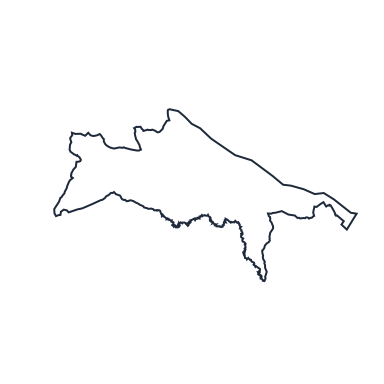 Ga West Municipal, Greater Accra, Ghana (Robinson projection), rotated 328°
{"feature_id": "2480657B90617621807510", "entity_name": "Ga West Municipal", "entity_type": "district", "adm_level": 2, "iso_a3": "GHA", "parent_name": "Ghana", "parent_adm1": "Greater Accra", "projection": "robinson", "projection_center": [-0.382, 5.705], "detail": "fine", "context": "isolated", "style": "outline", "palette": "slate", "viewbox_px": 384, "rotation_deg": 328, "n_neighbors": 0, "source": "geoboundaries", "source_scale": "gbopen_adm2", "svg_char_len": 6116}
<svg xmlns="http://www.w3.org/2000/svg" viewBox="0 0 384 384"><g transform="rotate(328 192 192)"><path d="M205.9,305.8L206.7,305.7L208.6,304.2L209.0,302.8L213.1,299.3L213.8,295.1L215.3,292.5L215.5,290.9L216.8,289.7L216.8,287.0L217.4,285.0L218.7,283.4L219.1,281.6L220.5,278.8L221.5,278.7L223.6,277.8L225.5,276.0L228.2,275.2L230.4,275.2L231.8,274.7L232.5,274.1L232.6,273.3L233.7,271.9L233.9,271.1L236.7,268.0L241.3,266.0L242.5,264.2L243.3,259.8L243.0,258.2L243.2,257.2L244.1,256.4L244.9,254.6L244.4,253.3L245.1,250.5L247.9,252.5L249.2,252.5L252.0,253.9L258.0,255.8L261.8,262.2L266.7,266.4L267.7,269.9L269.2,270.7L269.6,271.6L270.2,272.0L272.7,273.1L273.9,274.1L275.4,274.0L276.4,274.8L277.0,275.6L277.1,276.5L278.6,276.7L280.1,277.3L281.9,276.9L282.9,277.0L283.9,273.6L288.1,269.2L289.7,270.7L294.4,270.3L298.1,270.3L298.1,275.4L300.3,275.4L301.0,276.2L301.8,275.7L302.5,276.8L302.3,283.2L301.9,286.5L301.4,287.0L301.6,288.5L302.5,288.6L305.2,297.2L301.5,298.8L303.4,305.9L320.1,297.6L315.7,293.8L308.4,273.4L303.2,262.7L295.0,258.8L288.1,248.7L279.1,238.9L273.1,234.1L268.8,221.0L259.3,196.7L248.1,183.6L236.5,156.9L232.7,142.3L227.9,134.1L225.8,124.4L223.2,116.1L216.8,109.9L215.1,109.7L214.1,110.8L212.5,113.7L211.6,115.9L210.8,119.2L208.3,118.3L202.4,121.2L201.2,122.5L200.3,123.0L196.7,123.8L195.5,123.7L194.3,123.0L193.2,120.5L191.3,118.0L190.3,117.9L188.1,116.5L187.4,115.6L183.4,114.6L183.1,114.3L183.4,113.6L182.9,111.9L182.9,109.4L179.9,107.8L179.5,107.3L176.8,107.2L177.0,108.8L175.7,111.1L174.7,111.6L173.8,113.7L172.5,117.7L172.6,119.6L172.3,124.4L171.6,126.4L171.2,129.0L169.1,128.8L167.2,127.6L163.1,123.9L158.4,119.0L157.9,118.0L156.5,117.7L154.0,115.7L149.4,114.1L148.2,113.2L146.1,110.8L144.5,108.0L143.8,105.6L144.0,102.6L145.3,100.1L144.9,99.2L144.8,95.5L144.4,93.9L141.9,93.7L138.4,92.5L137.4,91.7L136.0,90.1L135.4,86.8L131.2,87.7L128.8,84.3L128.6,83.7L123.8,80.9L121.6,78.1L120.5,80.4L117.6,81.5L116.9,82.3L116.0,85.9L113.8,87.1L110.7,91.1L110.3,93.3L111.9,97.5L113.2,99.4L113.4,100.1L114.1,100.1L113.9,100.7L114.6,101.7L115.0,103.6L114.8,105.9L113.5,106.6L112.1,106.3L110.0,105.2L106.8,109.1L103.3,110.1L99.3,112.4L99.1,113.1L98.0,114.0L97.6,115.0L97.5,115.4L98.3,116.4L98.4,117.0L95.1,117.3L93.5,117.9L89.1,121.0L88.0,122.2L84.2,124.4L83.0,125.6L80.3,126.4L78.6,127.3L77.3,127.2L74.2,129.7L66.1,133.5L64.1,137.1L63.9,140.4L66.2,140.8L68.3,141.7L70.3,139.3L73.9,139.0L76.1,141.2L76.6,143.9L85.8,146.1L90.2,147.7L100.4,149.3L110.5,150.6L111.6,151.1L115.1,151.0L116.6,150.2L119.8,150.4L122.8,149.8L124.2,150.8L125.8,150.7L126.3,153.5L129.0,156.8L129.1,158.2L128.8,159.9L129.0,161.3L130.2,162.8L131.1,163.1L131.7,165.2L133.6,166.0L134.5,166.0L136.1,167.0L137.7,169.0L138.6,171.1L139.2,171.7L140.4,173.7L140.8,174.8L143.1,178.2L143.1,179.6L145.4,182.0L145.9,183.0L148.8,184.6L150.1,186.2L150.1,187.2L150.4,187.7L152.6,188.7L152.4,189.2L152.6,189.4L154.1,189.7L154.9,190.6L155.0,191.3L154.5,192.8L154.2,195.3L154.5,195.5L154.2,196.1L155.1,195.7L155.1,196.6L154.5,196.8L155.3,197.2L155.0,197.9L155.5,198.4L156.2,200.6L157.0,200.2L155.9,201.6L156.9,201.8L157.1,201.2L157.3,201.3L158.0,202.8L157.4,202.7L157.3,203.1L158.1,203.4L158.7,204.8L159.8,205.4L158.8,206.3L159.6,207.6L160.2,207.8L160.2,208.2L159.1,209.1L159.0,209.7L159.3,210.2L158.8,210.1L158.5,209.6L157.6,209.6L157.6,209.8L158.0,210.5L158.4,210.7L158.3,211.5L159.3,211.0L159.7,211.3L159.1,212.2L159.2,212.4L159.6,212.0L160.1,212.0L159.9,213.5L161.4,213.1L161.4,213.8L161.8,213.9L161.6,214.5L162.2,214.5L162.3,213.7L163.1,213.6L163.3,213.9L163.0,214.2L163.1,214.4L163.9,213.9L163.7,212.5L163.5,212.4L163.0,212.7L162.7,212.5L163.0,212.2L163.7,211.7L164.1,212.1L164.4,211.7L164.4,212.5L166.2,211.7L167.0,212.7L167.1,213.3L167.8,213.0L169.4,213.9L169.9,214.5L169.9,215.5L171.8,216.1L170.3,217.0L170.5,218.5L171.3,218.4L171.7,217.6L172.5,217.4L172.8,217.0L173.2,217.3L174.1,217.1L174.1,215.8L175.2,216.4L175.7,215.1L176.9,215.6L179.7,215.7L179.7,217.5L180.5,217.1L181.1,216.4L182.0,217.4L182.8,217.2L183.6,217.9L183.5,217.0L185.1,217.8L185.5,216.8L186.4,217.0L186.7,217.4L188.0,216.8L188.1,217.9L188.9,217.7L189.3,218.2L190.5,218.4L191.4,219.6L192.7,220.2L193.4,219.9L193.1,221.5L193.9,222.5L194.1,223.5L193.6,224.5L193.3,224.0L192.8,224.3L192.6,225.0L192.0,225.8L192.4,226.3L193.0,225.6L193.3,225.8L193.3,227.1L192.7,226.8L192.4,227.1L193.1,228.2L193.6,228.6L193.6,228.9L193.0,229.3L193.8,229.3L193.6,230.1L193.9,231.2L194.5,231.5L194.3,232.2L195.0,232.4L194.1,232.7L195.0,233.4L194.6,234.1L196.2,235.2L196.8,235.1L197.1,236.0L197.9,236.9L198.2,236.7L198.5,237.3L199.8,237.6L200.4,236.4L201.6,236.8L201.9,236.0L202.4,235.7L202.7,235.0L203.3,235.1L203.6,234.7L204.5,235.6L204.6,234.8L204.2,234.0L204.8,233.9L205.0,233.3L205.6,233.6L206.3,232.5L207.5,234.7L208.1,237.2L208.6,237.6L208.7,238.5L209.5,238.2L210.1,239.0L211.2,239.5L211.6,240.1L213.4,239.4L213.9,241.8L214.2,242.2L214.9,241.9L215.2,242.0L215.3,243.7L214.9,244.4L215.2,244.9L214.7,245.5L214.5,246.6L214.6,247.2L215.0,247.5L213.4,248.1L213.5,250.5L213.7,250.9L213.0,251.8L213.3,252.9L212.6,254.5L212.1,254.7L211.9,254.3L212.1,254.0L211.4,253.6L211.0,254.8L210.0,255.6L209.8,256.6L210.8,258.6L209.2,259.3L208.7,260.8L209.6,262.0L210.1,264.2L209.6,264.7L209.2,264.2L208.8,264.5L208.7,265.9L208.1,267.3L206.8,267.7L207.1,268.9L206.0,269.8L205.8,269.8L205.7,269.3L205.4,269.4L205.4,270.2L205.0,270.9L204.4,271.0L204.3,270.3L203.4,270.3L203.0,271.8L203.6,271.9L203.7,272.2L203.2,272.4L202.7,273.2L203.2,273.5L202.0,276.0L203.3,277.4L203.0,278.2L204.6,277.8L204.5,278.3L205.0,278.8L205.2,280.3L205.9,280.4L206.1,280.8L205.7,281.9L205.7,282.7L207.1,284.6L206.8,285.9L205.7,286.3L206.2,287.7L206.1,289.0L206.9,288.7L208.8,293.1L208.4,294.1L207.8,294.5L206.6,294.7L206.5,295.1L207.2,295.1L207.3,295.4L206.8,296.2L206.5,296.2L206.3,295.3L205.9,295.4L205.4,295.0L205.3,295.9L205.5,296.9L205.2,297.2L204.8,296.6L204.5,296.8L204.9,297.7L205.3,298.0L205.4,298.5L206.0,298.6L206.2,298.9L206.3,299.5L205.8,299.9L206.3,300.5L205.7,301.1L205.1,300.6L204.8,300.7L204.7,301.1L205.0,302.0L204.6,302.1L205.0,302.6L205.5,304.4L205.1,304.8L205.9,305.8Z" fill="none" stroke="#1e293b" stroke-width="2"/></g></svg>